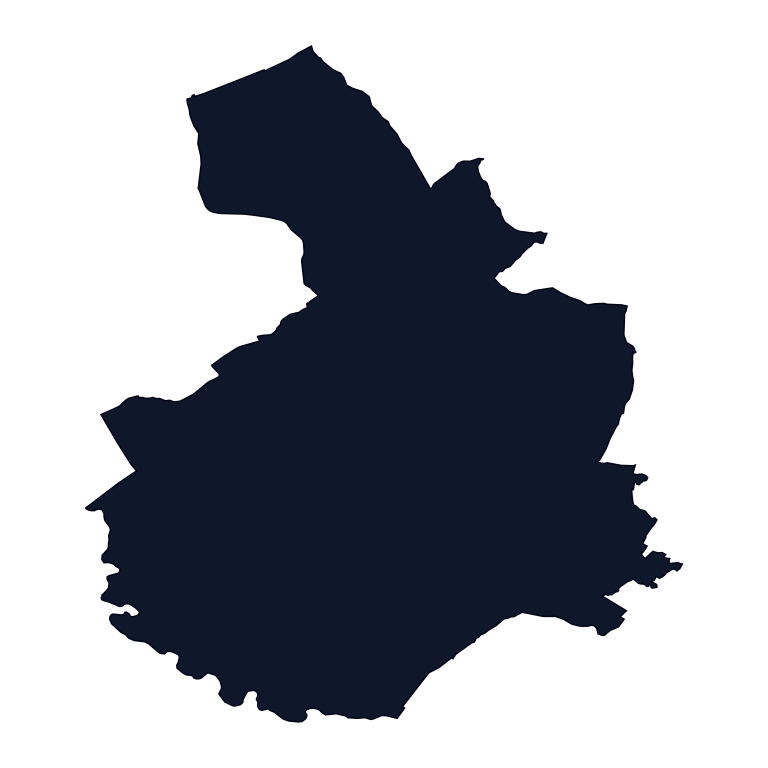 the district of Samarinesti, Gorj, Romania
{"feature_id": "2599482B36572615810111", "entity_name": "Samarinesti", "entity_type": "district", "adm_level": 2, "iso_a3": "ROU", "parent_name": "Romania", "parent_adm1": "Gorj", "projection": "robinson", "projection_center": [23.051, 44.772], "detail": "fine", "context": "isolated", "style": "filled", "palette": "ink", "viewbox_px": 768, "rotation_deg": 0, "n_neighbors": 0, "source": "geoboundaries", "source_scale": "gbopen_adm2", "svg_char_len": 6103}
<svg xmlns="http://www.w3.org/2000/svg" viewBox="0 0 768 768"><path d="M635.3,465.1L633.5,465.8L621.1,465.4L607.1,462.8L604.1,463.6L595.0,462.0L598.0,461.6L599.3,460.6L606.1,448.7L610.3,438.0L616.5,426.2L618.1,424.5L619.5,418.2L621.3,413.8L623.4,413.3L624.6,405.3L625.9,402.9L629.2,399.1L632.3,390.0L633.6,380.2L632.7,377.4L631.8,370.2L632.6,363.5L632.5,355.1L633.8,353.1L635.8,352.1L634.8,350.6L634.3,348.3L632.7,346.2L626.5,342.5L623.8,334.8L624.6,313.8L625.9,311.3L627.1,306.1L621.5,304.9L607.4,304.3L603.8,303.4L594.9,303.8L588.0,305.0L584.9,303.8L580.4,300.9L570.0,297.3L560.4,292.7L552.5,287.9L534.7,290.6L526.7,294.5L522.9,294.7L511.8,292.8L509.0,291.4L504.6,287.3L501.4,286.0L494.0,278.3L499.1,271.7L502.6,271.2L505.1,268.3L510.0,266.5L515.9,259.7L519.5,257.3L522.4,253.4L527.5,248.3L531.5,245.5L533.9,242.0L537.0,241.9L540.8,243.3L542.8,243.4L546.8,233.4L543.8,233.4L540.6,231.8L536.5,232.5L534.9,233.3L519.2,231.3L514.5,229.3L504.8,222.1L501.3,215.2L500.3,210.2L499.5,208.5L496.6,206.5L493.7,202.3L493.3,200.9L490.0,197.4L489.6,196.4L490.1,194.1L489.9,192.3L487.1,183.5L485.1,181.2L483.4,180.8L482.2,179.7L480.5,177.0L478.4,171.8L477.5,166.0L479.5,163.6L480.9,160.1L483.2,159.4L483.4,158.9L478.9,158.4L470.1,161.3L463.5,161.2L458.9,162.8L457.2,164.2L454.6,168.4L435.2,183.0L433.5,184.6L432.3,187.3L431.0,188.8L430.0,188.1L411.0,155.1L408.9,150.3L401.7,143.2L396.8,134.0L389.8,125.9L388.2,121.8L382.2,117.6L378.5,112.4L371.5,105.5L369.4,97.5L368.6,96.3L362.1,91.4L352.9,88.5L346.7,85.2L343.7,77.4L340.7,73.3L333.0,69.8L323.7,62.3L320.3,58.0L318.3,57.3L313.1,51.6L311.4,46.1L298.5,52.9L289.3,59.5L264.7,70.9L264.1,69.9L204.2,93.5L195.3,96.4L194.0,94.7L192.2,95.7L191.5,97.8L187.0,99.2L187.3,102.8L189.4,110.0L189.9,114.5L190.7,117.5L193.9,125.6L198.9,133.6L197.9,143.8L200.8,156.2L201.2,164.2L198.2,188.7L198.9,189.2L205.6,206.4L207.4,208.7L210.0,210.8L213.2,212.1L219.3,213.4L244.4,214.1L253.3,215.1L269.7,217.4L281.6,220.3L285.4,222.2L286.8,223.4L291.2,229.7L300.7,237.7L302.6,240.0L303.5,243.0L304.2,251.7L303.9,254.4L301.9,258.9L301.7,261.5L304.2,283.6L305.7,285.2L310.9,288.0L312.7,290.4L318.6,295.5L306.8,303.8L307.4,307.7L302.4,309.9L298.9,312.4L290.3,314.3L283.0,319.2L281.2,321.3L280.3,324.8L277.3,327.7L276.0,330.6L272.2,334.0L270.4,334.8L262.6,335.4L257.6,336.4L257.5,336.8L259.8,341.0L241.5,346.2L237.2,347.9L222.7,357.2L211.9,365.2L211.8,365.9L212.2,366.4L218.9,373.6L219.4,374.6L219.2,376.2L217.9,377.5L209.6,381.3L206.7,383.3L193.5,394.2L180.1,401.2L173.9,402.0L169.7,400.3L165.5,400.8L159.4,398.5L156.5,398.6L152.4,397.4L150.0,398.3L145.0,398.3L142.7,397.5L139.0,397.5L138.2,396.1L137.1,396.1L128.5,398.4L125.4,400.5L119.2,406.4L101.0,414.6L117.5,442.9L131.1,464.4L136.6,470.9L118.5,483.1L85.7,508.0L86.4,509.0L88.9,510.1L91.4,510.7L94.4,510.6L98.0,509.0L100.5,509.2L102.4,510.2L104.2,514.0L104.0,516.0L104.7,520.2L109.7,527.0L110.5,529.5L108.7,535.7L109.1,540.1L108.5,543.0L108.5,546.8L107.6,549.4L102.2,555.3L101.9,559.6L104.1,562.8L108.6,562.4L114.0,564.2L115.2,565.8L119.1,568.1L120.1,569.5L119.8,571.5L118.6,573.1L109.1,575.7L107.2,576.9L107.1,579.2L109.1,582.8L108.6,588.2L103.2,594.1L102.1,594.8L102.0,596.4L101.2,597.7L101.5,599.2L102.8,600.3L108.8,602.0L119.4,606.4L121.3,606.4L123.0,605.7L124.5,603.9L128.0,603.7L130.0,604.3L135.4,607.8L139.1,611.2L139.6,612.7L138.1,615.0L134.3,616.5L131.9,616.8L130.3,616.2L129.2,614.0L126.2,612.1L125.0,612.3L123.8,614.5L121.9,615.0L113.1,614.1L111.5,614.7L110.5,615.8L109.8,617.6L109.7,619.2L111.6,623.7L121.0,632.3L126.2,635.1L128.7,638.1L134.1,640.5L144.3,641.7L146.4,642.6L149.5,644.4L158.0,651.9L160.2,653.3L164.6,653.8L167.4,651.4L168.9,651.3L171.8,651.7L177.7,654.3L178.6,655.0L179.5,657.0L178.2,662.6L176.7,665.3L177.1,668.2L182.9,673.0L186.5,674.9L191.1,675.3L192.9,676.2L193.9,677.9L196.8,678.9L199.7,678.6L201.7,677.7L207.7,672.7L215.4,675.2L219.0,679.3L220.2,681.4L221.5,686.4L221.5,688.6L218.9,693.7L219.5,694.9L225.0,702.1L232.9,705.8L235.0,706.0L240.3,704.7L242.7,702.5L243.2,699.1L247.6,691.2L253.7,690.3L256.3,691.5L257.2,692.6L258.0,695.0L256.4,699.6L258.0,701.9L257.7,706.3L259.4,709.5L261.8,710.3L268.3,708.7L269.8,710.3L274.5,712.2L282.8,718.8L288.4,720.9L298.0,721.9L302.2,721.4L305.8,718.6L306.9,715.8L306.7,714.5L305.1,712.4L305.2,710.8L306.9,709.6L310.0,708.4L313.6,708.2L318.5,709.3L322.9,713.3L325.6,714.8L336.1,713.7L345.6,715.9L347.9,717.7L357.5,718.3L365.2,717.6L370.5,719.4L372.5,719.2L381.6,715.5L386.1,715.6L397.1,718.3L404.5,708.1L402.6,706.4L428.9,672.7L439.0,667.5L451.5,657.8L452.9,658.7L455.7,654.3L471.7,642.8L474.2,642.0L475.5,639.9L475.8,638.1L478.4,637.4L480.7,634.8L484.5,633.3L488.8,629.9L495.8,625.8L504.0,618.9L508.5,618.0L510.9,616.8L514.0,616.6L522.1,612.2L543.2,616.4L555.6,616.4L563.8,619.4L571.5,624.0L578.9,625.9L583.6,626.3L587.9,626.1L591.0,625.3L593.7,625.6L595.1,626.5L596.8,628.7L598.1,633.8L602.0,635.3L604.1,635.4L610.0,630.5L618.5,626.8L624.1,619.2L620.1,616.7L626.4,610.8L602.5,596.3L606.0,594.0L607.6,595.3L609.6,594.7L611.6,594.8L616.0,591.6L617.0,591.8L618.5,590.7L618.7,588.3L620.5,586.5L627.9,581.3L631.4,580.3L632.6,579.0L634.5,579.9L638.3,583.2L641.1,584.0L642.0,583.9L642.4,583.0L643.0,584.0L645.2,584.8L645.6,584.3L646.4,586.3L648.6,586.1L649.0,585.6L648.7,584.8L649.3,584.5L649.5,583.7L651.5,586.0L650.9,586.9L652.0,588.1L656.5,587.4L657.0,587.0L656.7,584.9L656.3,584.3L651.3,581.6L654.3,580.2L656.1,576.5L659.6,578.2L661.9,577.1L664.8,574.9L666.4,572.8L672.3,569.3L674.6,569.0L676.9,570.9L679.9,568.5L682.3,564.0L679.2,563.5L678.5,562.6L669.3,563.6L669.0,560.0L669.7,558.6L664.1,557.9L664.5,556.1L665.7,554.6L662.2,552.6L657.9,552.9L652.9,551.4L645.4,558.4L644.0,557.7L641.2,554.0L643.7,551.4L647.1,546.1L642.6,543.8L645.9,537.1L645.0,536.6L651.1,528.1L654.6,523.9L656.9,519.9L654.8,517.8L651.8,518.9L645.0,510.9L639.5,509.4L636.2,506.2L633.5,504.9L632.7,501.3L631.7,491.5L632.2,489.2L633.3,489.6L633.5,488.9L634.4,482.3L635.7,482.0L636.9,484.1L638.9,484.8L639.8,484.2L640.3,482.8L642.0,482.3L642.9,481.0L645.8,480.6L646.8,479.7L647.7,477.7L645.8,475.6L642.1,474.1L636.2,474.6L632.8,473.6L635.3,465.1Z" fill="#0f172a" stroke="#020617" stroke-width="1.5"/></svg>